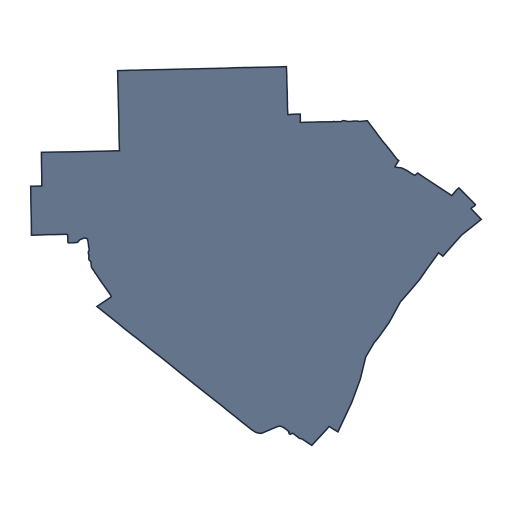 Slobozia, Giurgiu, Romania
{"feature_id": "2599482B23076284199588", "entity_name": "Slobozia", "entity_type": "district", "adm_level": 2, "iso_a3": "ROU", "parent_name": "Romania", "parent_adm1": "Giurgiu", "projection": "equal_earth", "projection_center": [25.878, 43.851], "detail": "fine", "context": "isolated", "style": "filled", "palette": "slate", "viewbox_px": 512, "rotation_deg": 0, "n_neighbors": 0, "source": "geoboundaries", "source_scale": "gbopen_adm2", "svg_char_len": 5891}
<svg xmlns="http://www.w3.org/2000/svg" viewBox="0 0 512 512"><path d="M311.8,445.4L318.9,437.7L319.6,437.0L325.3,430.8L326.2,429.9L329.1,426.4L334.4,429.8L335.5,430.4L337.9,431.9L338.4,430.9L338.8,430.1L339.4,428.8L339.8,427.8L351.7,402.6L360.3,379.2L365.7,357.0L374.3,342.4L377.6,338.6L378.4,337.5L379.1,336.6L389.0,322.7L390.5,320.0L399.6,303.3L400.5,301.7L402.3,299.8L413.9,286.4L419.6,279.6L424.9,272.0L425.2,271.4L438.6,252.8L442.9,256.2L454.4,243.1L455.1,242.3L461.8,234.9L481.3,219.4L471.3,208.9L471.4,208.7L471.2,208.3L471.4,208.1L471.9,207.6L472.6,207.1L473.5,206.7L474.0,206.4L474.1,206.1L474.3,205.9L475.0,205.5L475.1,205.2L475.2,204.8L475.4,204.6L474.3,203.5L458.9,187.9L458.2,188.4L456.3,190.2L451.8,195.6L423.8,177.2L417.7,173.0L416.7,173.9L414.6,175.4L413.0,174.3L411.9,173.8L408.3,171.4L406.7,170.4L402.5,168.3L401.4,167.9L400.4,167.7L398.7,167.6L396.8,167.3L395.8,167.1L395.1,167.0L395.0,166.4L398.8,160.5L398.3,160.2L397.9,159.9L397.0,159.3L396.1,158.1L394.1,155.6L392.4,153.2L390.7,151.0L389.5,149.5L388.5,148.1L388.0,147.7L387.7,147.6L387.7,147.4L387.5,147.1L386.7,146.0L385.7,144.7L384.6,143.6L383.9,142.7L382.7,141.2L381.8,140.2L380.8,138.7L380.4,138.1L379.8,137.5L379.2,136.6L378.8,136.1L377.4,134.2L374.5,130.2L373.4,128.8L372.5,127.6L371.3,126.0L370.3,124.8L369.0,123.0L367.3,120.7L365.1,120.9L364.8,121.0L364.0,121.1L362.3,121.2L359.3,121.5L358.7,121.4L358.4,121.3L358.0,121.1L357.4,121.1L356.2,121.0L355.0,121.1L354.2,121.1L353.1,121.1L352.2,121.3L351.2,121.4L350.2,121.4L348.6,121.5L347.9,121.5L347.1,121.3L346.0,121.0L344.7,120.7L343.9,120.7L343.1,120.6L342.5,120.8L342.1,120.9L341.4,121.5L341.1,121.6L340.5,121.7L339.2,121.6L337.0,121.6L335.3,121.7L334.1,121.5L333.5,121.5L332.8,121.7L332.2,121.8L331.2,121.7L328.9,121.9L327.4,121.8L325.9,121.9L324.3,121.8L322.8,121.9L321.2,121.9L320.0,121.9L319.1,121.9L318.5,121.9L318.2,121.9L317.3,122.0L316.4,122.0L314.3,122.1L306.9,122.2L303.9,122.3L301.7,122.4L300.2,122.3L300.3,120.5L300.4,119.2L300.3,116.5L300.3,114.1L297.1,114.1L293.7,114.2L292.0,114.3L290.1,114.5L287.8,114.6L287.7,111.7L287.5,108.4L287.4,105.9L287.5,103.6L287.4,101.9L287.3,97.8L287.3,94.2L287.2,90.6L287.0,86.9L286.9,83.0L286.8,78.7L286.8,75.6L286.6,71.7L286.4,66.6L283.7,66.7L280.6,66.8L278.7,66.9L273.4,67.0L261.1,67.3L257.6,67.3L252.7,67.4L249.5,67.5L246.5,67.5L244.1,67.5L241.9,67.6L240.6,67.6L238.5,67.6L235.9,67.7L234.2,67.8L231.2,67.9L228.6,68.0L225.4,68.2L220.5,68.2L218.2,68.3L214.9,68.4L212.0,68.5L210.7,68.4L208.2,68.5L203.8,68.6L201.7,68.6L199.8,68.7L199.0,68.8L197.1,68.8L195.6,68.8L193.2,68.9L191.4,68.9L188.8,69.0L186.3,69.0L182.1,69.1L178.7,69.2L172.8,69.3L169.7,69.4L162.0,69.6L159.3,69.6L154.3,69.7L151.1,69.8L148.2,69.9L144.4,69.9L136.1,70.2L131.7,70.2L126.2,70.4L122.6,70.5L117.6,70.6L117.7,73.3L117.8,75.2L117.8,77.8L117.9,83.6L118.0,86.1L118.0,86.7L118.1,89.6L118.2,93.1L118.2,96.2L118.3,99.0L118.4,102.2L118.4,104.7L118.5,107.9L118.6,110.0L118.6,112.6L118.7,114.4L118.7,117.0L118.8,118.5L118.8,119.1L118.9,125.6L118.9,130.3L119.0,134.7L119.0,137.0L119.3,144.2L119.3,146.2L119.5,150.7L118.2,150.8L115.3,150.8L107.2,151.1L105.7,151.1L102.0,151.2L96.1,151.3L86.1,151.5L78.5,151.7L73.5,151.8L68.0,151.9L67.7,151.9L67.2,151.9L57.6,152.0L52.6,152.1L41.4,152.3L41.5,163.5L41.6,168.3L41.7,172.1L41.8,181.3L41.8,186.0L37.5,186.1L33.5,186.2L30.7,186.2L30.8,194.0L30.9,202.5L31.1,211.8L31.3,220.4L31.4,229.2L31.4,235.2L36.2,235.1L41.0,234.9L48.6,234.6L54.6,234.6L65.3,234.3L66.1,234.3L66.9,234.5L67.4,234.7L67.6,234.8L67.7,235.0L67.8,239.1L67.9,241.9L67.9,242.3L68.1,242.6L68.4,242.8L68.6,242.9L69.0,242.9L71.6,242.8L73.7,242.8L74.7,242.7L75.9,242.6L76.7,242.5L77.1,242.4L77.3,242.4L77.8,242.1L78.5,241.3L79.2,240.5L79.5,240.1L79.8,239.9L80.2,239.6L80.6,239.4L80.9,239.3L82.0,238.9L83.1,238.4L83.7,238.2L83.9,238.1L84.1,238.0L84.5,238.0L85.3,238.1L86.2,238.3L86.9,238.6L87.2,238.8L87.4,238.9L87.5,239.1L87.5,239.4L87.6,240.1L87.7,240.5L87.9,240.8L88.0,241.8L88.4,244.2L88.5,245.3L88.6,246.2L88.6,246.7L88.9,247.7L89.0,248.3L89.1,248.7L89.1,249.2L89.1,249.7L89.1,250.2L88.9,250.7L88.6,251.3L88.4,251.8L88.3,252.2L88.3,252.5L88.3,253.0L88.4,253.6L88.7,254.4L88.9,255.3L88.9,255.8L88.9,256.3L88.8,257.1L88.7,257.5L88.8,258.4L88.9,259.3L88.9,259.7L89.1,260.0L89.5,260.4L90.3,261.2L90.7,261.6L90.9,261.9L91.0,262.1L91.0,262.5L91.0,263.7L91.1,264.5L91.2,265.6L91.4,266.7L91.6,267.4L91.9,268.0L92.4,268.9L93.0,269.6L93.5,270.3L94.1,271.1L94.4,271.7L94.9,272.5L95.2,273.1L96.0,274.1L96.4,274.5L96.6,274.9L98.0,277.0L99.0,278.5L100.2,280.4L101.4,282.0L101.9,282.6L102.4,283.5L102.8,284.1L103.4,284.8L103.8,285.3L104.3,286.1L104.8,286.8L105.7,288.1L106.5,289.3L108.8,292.5L110.5,294.9L111.3,296.8L96.9,306.5L118.5,323.7L125.4,329.5L126.0,330.0L127.7,331.2L129.8,332.9L131.5,334.2L132.5,335.1L133.1,335.5L133.6,335.8L134.1,336.1L134.6,336.6L136.4,337.9L139.9,340.7L142.6,342.9L142.8,343.0L149.4,348.3L155.1,352.8L160.1,356.6L165.0,360.5L168.4,363.2L171.3,365.6L173.7,367.5L179.6,372.4L179.8,372.6L183.9,375.8L194.4,384.2L199.8,388.5L204.0,391.8L208.6,395.4L211.1,397.4L211.3,397.6L222.9,406.6L225.9,409.2L228.4,411.2L231.9,414.0L234.6,416.1L238.7,419.4L242.2,422.3L244.2,423.8L246.8,425.9L249.9,428.3L251.3,429.5L252.2,430.1L253.5,430.9L254.5,431.6L255.2,432.0L255.6,432.2L256.2,432.5L257.0,432.7L258.1,433.0L259.3,433.2L260.1,433.3L260.7,433.4L261.7,433.2L262.5,432.9L263.3,432.6L267.5,430.8L270.4,429.6L272.6,428.6L275.1,427.6L276.8,426.9L278.3,426.4L279.4,426.2L280.0,426.2L280.8,426.3L281.3,426.5L282.1,426.8L282.9,427.2L284.9,428.5L286.7,429.8L287.4,430.3L288.0,430.9L288.5,431.5L288.8,431.4L288.9,431.7L288.9,432.1L288.8,432.3L289.2,432.7L289.2,432.9L289.1,433.1L289.0,433.3L289.1,433.6L289.3,433.9L289.7,433.9L289.9,434.1L290.1,434.2L290.3,434.3L290.5,434.3L291.0,434.0L291.7,433.6L292.5,433.2L293.7,433.8L299.3,438.3L299.8,438.5L300.3,438.6L301.1,438.7L301.9,438.9L311.8,445.4Z" fill="#64748b" stroke="#1e293b" stroke-width="1.5"/></svg>